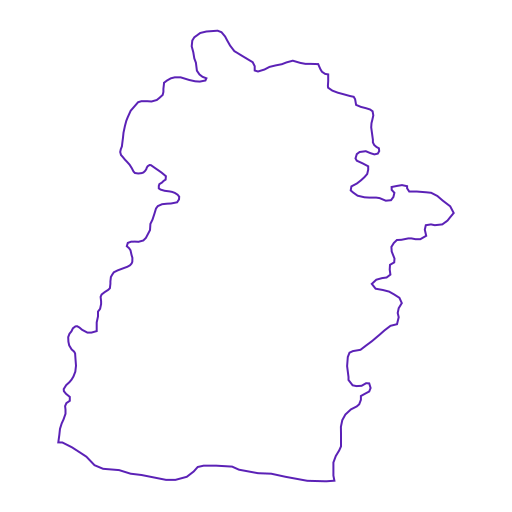 outline of Ivanava, Brest, Belarus
{"feature_id": "67162791B27498157405440", "entity_name": "Ivanava", "entity_type": "district", "adm_level": 2, "iso_a3": "BLR", "parent_name": "Belarus", "parent_adm1": "Brest", "projection": "equal_earth", "projection_center": [25.563, 52.191], "detail": "fine", "context": "isolated", "style": "outline", "palette": "violet", "viewbox_px": 512, "rotation_deg": 0, "n_neighbors": 0, "source": "geoboundaries", "source_scale": "gbopen_adm2", "svg_char_len": 4206}
<svg xmlns="http://www.w3.org/2000/svg" viewBox="0 0 512 512"><path d="M328.2,74.4L325.1,73.9L322.0,71.8L320.5,69.4L319.2,66.5L318.2,64.1L311.5,63.9L305.6,63.9L300.3,62.9L292.8,60.7L286.5,62.4L281.9,64.2L275.7,65.4L269.5,66.9L264.5,69.5L258.0,71.5L254.7,70.5L254.7,66.2L252.7,62.2L247.5,59.1L242.5,56.1L234.3,51.1L230.1,45.6L227.1,40.3L225.1,36.5L221.5,32.2L217.6,30.7L206.4,31.5L201.8,32.6L200.2,33.0L194.3,37.3L192.3,40.5L191.7,46.3L193.3,52.3L194.3,58.4L195.9,62.7L196.9,70.7L199.5,74.5L202.5,76.8L206.4,78.3L205.4,80.5L199.8,81.6L195.2,81.3L189.3,80.0L180.5,77.3L174.9,77.3L170.9,78.3L167.0,80.5L164.0,82.8L164.0,83.5L163.4,88.9L163.4,91.9L162.7,94.9L159.4,97.9L156.8,100.0L151.5,101.5L147.3,101.2L141.4,101.2L138.1,102.2L134.8,106.0L130.7,110.7L127.7,117.3L126.3,120.8L124.9,126.1L123.5,132.7L123.0,137.6L122.2,143.8L121.9,146.4L120.8,149.2L120.2,152.0L121.0,155.0L122.8,157.0L124.9,159.6L127.1,161.9L129.6,164.7L131.8,168.2L133.5,171.5L134.9,173.0L138.3,173.5L141.7,173.1L143.4,172.5L145.2,170.8L146.3,169.1L146.8,167.6L147.7,166.2L149.6,165.0L151.0,165.2L155.4,168.3L158.9,170.7L161.7,172.7L165.9,176.2L165.6,179.6L163.6,180.9L161.9,182.6L159.4,184.1L158.8,185.9L158.8,188.4L160.6,189.6L164.7,190.8L169.5,191.4L172.1,191.9L174.8,192.9L177.6,194.7L179.2,196.7L179.0,199.4L177.1,202.3L171.0,203.5L167.0,203.7L162.1,204.2L157.8,206.1L156.0,208.5L154.4,213.8L152.5,219.6L150.4,223.9L150.2,227.2L150.0,230.1L145.9,237.9L143.3,240.5L138.5,241.8L134.9,241.6L131.1,241.7L127.8,242.9L126.8,246.2L129.1,248.2L130.5,250.3L131.5,254.8L132.4,257.9L132.3,261.8L131.6,263.5L130.0,265.3L127.3,266.8L124.0,268.0L117.6,270.4L113.8,272.3L112.2,274.7L110.9,277.0L110.4,281.4L110.4,283.8L109.9,288.2L108.3,289.8L104.7,292.1L101.6,294.5L100.6,296.9L101.1,301.3L101.1,304.1L100.1,308.8L98.0,311.6L98.0,316.4L96.7,322.4L96.7,329.0L96.7,331.1L91.4,332.6L87.4,332.6L82.1,329.8L79.4,327.5L77.1,326.2L75.4,326.4L72.9,328.3L71.4,331.4L69.5,333.7L68.2,337.1L68.4,341.7L69.2,345.4L71.6,349.4L74.1,351.6L75.1,353.4L75.5,359.2L76.0,365.7L75.3,371.7L73.4,376.6L71.5,379.7L69.4,382.2L66.2,385.1L63.7,389.1L63.9,391.2L66.0,393.8L69.8,396.9L69.8,400.8L66.4,403.1L65.1,406.1L65.5,409.7L65.5,413.8L63.5,419.5L61.7,423.4L60.0,428.8L59.3,435.1L58.3,442.4L62.4,442.5L72.1,447.4L86.4,456.7L94.5,465.2L103.1,468.8L119.1,470.1L130.6,473.7L141.5,475.0L166.2,479.9L175.3,479.9L186.8,476.8L193.7,471.5L197.7,467.0L203.5,465.7L216.7,465.7L232.1,466.6L239.0,469.7L258.0,473.2L271.2,473.7L285.5,476.8L307.3,480.8L326.2,481.3L334.4,480.7L333.4,475.6L333.4,467.8L333.4,462.5L335.8,456.0L339.2,450.4L341.0,446.4L341.0,440.7L341.0,433.5L340.9,426.8L342.3,420.1L345.4,414.5L350.9,409.4L356.8,406.4L359.2,404.3L360.9,399.8L360.9,396.0L364.7,393.9L369.2,391.5L370.6,388.0L369.2,383.4L366.1,383.2L361.6,385.8L356.4,386.1L352.6,385.3L348.5,380.0L348.5,377.0L347.1,366.1L347.8,357.0L349.5,352.7L352.9,351.1L360.5,349.8L365.7,345.8L371.9,341.2L379.5,334.8L384.6,330.3L390.5,325.8L397.0,324.2L398.7,317.2L397.7,313.0L398.7,308.2L401.8,303.1L399.4,297.8L393.9,294.3L389.1,291.6L382.9,290.0L375.6,288.7L371.8,283.9L376.3,279.7L382.1,278.1L386.6,277.5L390.4,274.6L389.7,269.5L390.0,264.8L394.2,262.4L394.5,258.6L391.7,251.5L391.4,246.9L393.8,243.0L396.9,240.0L401.4,239.8L408.3,238.4L411.4,238.4L415.5,239.2L420.3,239.2L426.2,235.8L424.8,229.7L425.8,225.2L431.0,224.4L434.8,225.2L442.3,224.4L447.5,220.6L450.2,217.2L453.7,213.0L450.2,206.3L442.6,200.5L437.4,196.0L431.2,192.8L426.4,192.3L416.4,191.5L409.2,191.5L407.1,188.3L407.1,186.2L402.0,185.1L397.2,185.9L391.6,187.0L391.7,189.9L394.4,192.8L393.4,197.0L391.0,200.2L385.8,200.7L379.6,198.1L376.2,197.6L369.3,197.6L364.5,197.3L357.6,195.7L353.1,192.5L350.7,190.4L351.4,186.4L356.9,183.5L361.0,180.3L364.4,177.2L367.2,174.0L368.2,169.7L368.2,166.3L362.7,163.4L356.8,160.7L355.5,158.4L356.8,154.1L359.6,152.0L365.8,151.2L370.3,153.1L374.4,154.4L377.8,153.6L379.2,151.1L378.9,148.3L376.5,147.0L374.2,145.0L372.9,142.4L372.9,139.8L372.2,134.7L371.2,127.3L371.5,123.1L372.4,119.5L373.3,115.4L372.6,111.3L370.1,109.5L366.0,108.2L360.9,106.9L356.1,104.9L355.1,99.2L353.7,96.8L349.9,96.0L342.3,93.9L337.8,92.7L332.3,90.6L328.1,87.7L327.9,85.9L328.2,81.1L328.2,74.4Z" fill="none" stroke="#5b21b6" stroke-width="2"/></svg>